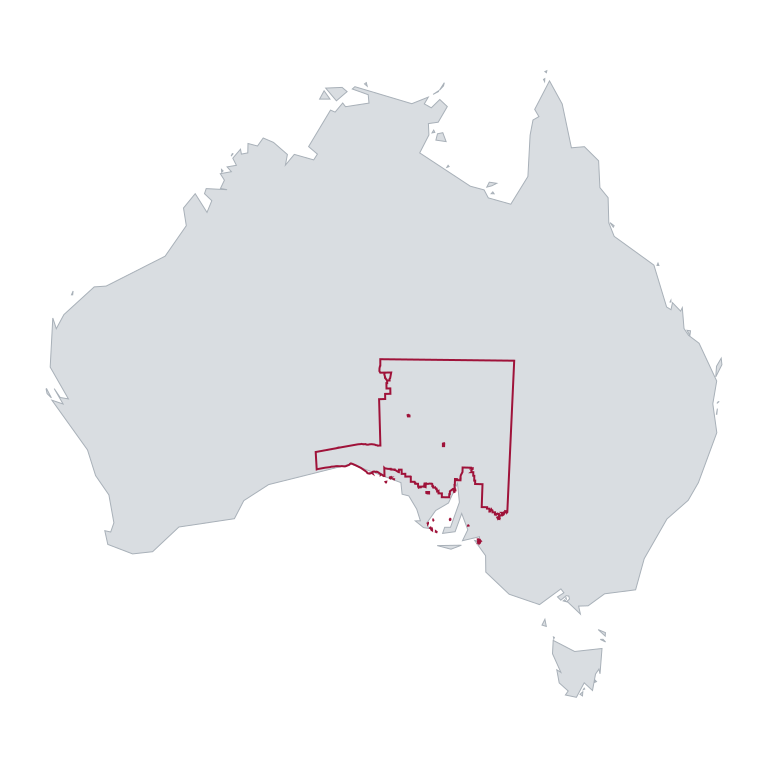 Unincorporated SA, South Australia, Australia shown in context
{"feature_id": "25037944B19571193858150", "entity_name": "Unincorporated SA", "entity_type": "district", "adm_level": 2, "iso_a3": "AUS", "parent_name": "Australia", "parent_adm1": "South Australia", "projection": "orthographic", "projection_center": [135.729, -30.866], "detail": "fine", "context": "in_parent", "style": "outline", "palette": "rose", "viewbox_px": 768, "rotation_deg": 0, "n_neighbors": 0, "source": "geoboundaries", "source_scale": "gbopen_adm2", "svg_char_len": 9556}
<svg xmlns="http://www.w3.org/2000/svg" viewBox="0 0 768 768"><path d="M562.2,104.0L571.4,147.8L584.4,146.7L598.6,160.8L599.9,187.6L608.1,197.7L608.8,222.8L614.2,236.4L653.9,265.1L666.6,307.0L671.0,309.7L672.5,302.7L680.6,311.1L682.3,307.7L684.0,328.5L688.5,335.3L699.1,343.3L716.7,381.0L712.8,403.8L716.8,432.7L698.4,482.6L688.2,500.3L667.0,518.9L644.2,558.7L635.6,589.8L604.6,593.8L588.1,605.8L578.6,606.1L580.4,614.1L567.1,601.4L569.5,599.0L568.8,596.1L566.2,595.7L560.8,600.2L557.5,596.9L563.9,592.8L560.9,588.9L539.5,604.6L509.1,594.2L485.8,572.1L485.6,555.7L474.6,540.4L479.5,541.1L479.5,536.7L462.5,540.7L467.8,529.7L461.7,513.5L455.1,531.7L442.6,533.4L444.7,527.3L450.5,527.3L459.4,502.3L457.5,483.3L448.5,503.0L435.7,510.5L427.3,522.3L428.5,528.4L423.5,527.6L415.3,520.9L420.4,520.8L416.7,509.1L408.8,495.9L402.1,494.2L400.9,482.6L350.9,464.0L268.6,484.6L243.8,500.6L234.4,518.7L178.9,527.0L152.6,551.7L132.6,553.9L107.8,544.4L104.8,530.7L110.7,532.0L113.9,522.8L108.9,494.9L95.6,475.6L87.5,449.9L51.9,400.2L63.1,404.0L54.2,388.6L60.2,397.5L68.4,398.9L50.2,367.1L52.8,318.0L56.3,328.7L63.9,314.6L94.2,286.9L106.1,286.1L165.1,256.2L186.3,225.7L183.5,208.0L195.2,193.7L207.0,212.4L211.8,200.7L204.5,193.7L206.2,188.6L227.1,189.7L220.5,188.4L224.4,180.2L220.3,173.7L231.4,171.7L227.1,166.9L236.4,165.3L232.8,158.2L240.5,149.2L241.4,154.1L247.8,152.9L248.0,143.5L257.5,146.0L263.2,138.0L273.5,142.4L287.4,154.5L285.4,165.1L294.3,154.4L313.7,159.9L317.4,154.1L308.6,146.6L330.5,110.1L335.1,112.1L342.7,103.0L345.5,106.7L369.0,103.1L368.2,94.7L352.3,89.0L354.9,86.7L411.8,103.7L428.3,97.1L424.3,103.9L431.3,107.8L439.8,99.5L447.3,106.6L438.2,122.2L428.4,123.6L428.9,135.0L419.7,152.9L470.3,186.2L484.1,189.9L488.3,197.9L510.8,204.2L527.9,176.5L530.1,135.2L533.0,120.0L538.9,116.6L534.7,109.4L549.5,80.9L562.2,104.0ZM553.2,640.4L574.7,651.5L602.0,648.5L600.0,673.8L598.9,669.1L595.5,674.1L592.5,690.5L584.2,682.8L576.4,697.3L565.4,695.0L568.2,691.0L559.2,682.9L556.8,669.8L560.9,672.4L552.5,653.7L553.2,640.4ZM325.7,88.1L342.1,87.4L347.1,91.6L336.4,100.8L325.7,88.1ZM437.2,545.6L461.4,545.2L451.0,549.2L437.2,545.6ZM442.8,132.7L446.1,141.6L435.9,140.1L437.5,133.8L442.8,132.7ZM715.8,376.8L716.5,366.3L721.2,358.2L721.9,364.7L715.8,376.8ZM598.2,629.6L605.4,632.6L605.2,636.1L598.2,629.6ZM324.1,90.8L330.0,99.1L319.6,99.1L324.1,90.8ZM546.3,626.4L542.0,625.1L544.9,619.3L546.3,626.4ZM496.7,183.3L491.8,185.8L486.8,187.1L489.3,182.2L496.7,183.3ZM51.4,397.9L47.1,393.6L46.1,389.0L46.6,388.7L51.4,397.9ZM603.0,639.3L605.6,642.0L600.3,639.4L603.0,639.3ZM687.0,330.3L690.5,330.8L689.9,335.4L687.0,330.3ZM610.0,222.6L614.1,225.7L613.3,227.2L610.0,222.6ZM582.8,691.8L582.5,695.9L580.0,694.3L582.8,691.8ZM717.4,408.6L716.8,414.3L716.4,414.2L717.4,408.6ZM367.2,86.2L364.5,83.9L366.3,82.6L367.2,86.2ZM443.5,85.9L439.5,90.2L444.3,82.7L443.5,85.9ZM718.8,401.8L716.9,403.4L718.3,401.6L718.8,401.8ZM449.1,166.6L446.8,167.4L448.1,165.3L449.1,166.6ZM434.8,132.4L432.0,132.9L433.7,130.1L434.8,132.4ZM73.1,291.0L72.7,294.8L71.5,294.8L73.1,291.0ZM544.8,78.6L544.6,81.6L543.5,79.4L544.8,78.6ZM566.0,597.2L566.4,599.2L565.7,598.6L566.0,597.2ZM438.5,91.5L433.1,94.4L438.7,90.7L438.5,91.5ZM233.0,153.9L231.1,156.2L232.3,153.6L233.0,153.9ZM584.7,689.0L583.3,689.6L584.2,688.2L584.7,689.0ZM494.1,193.8L491.2,193.7L492.8,191.9L494.1,193.8ZM223.1,170.9L221.7,172.2L221.5,169.4L223.1,170.9ZM596.5,681.6L594.4,682.5L595.3,680.3L596.5,681.6ZM546.8,70.7L546.4,72.7L544.9,71.6L546.8,70.7ZM564.6,599.8L566.5,601.8L563.2,600.9L564.6,599.8ZM658.9,265.5L657.0,265.4L658.0,263.1L658.9,265.5ZM671.0,302.1L670.0,302.0L670.9,300.2L671.0,302.1ZM554.4,637.4L553.8,638.9L553.4,636.9L554.4,637.4Z" fill="#d9dde1" stroke="#a8b0b8" stroke-width="1"/><path d="M507.3,512.2L514.2,360.7L380.3,359.2L380.3,365.8L380.0,366.0L379.5,368.3L379.4,371.1L380.3,372.7L384.8,372.6L384.3,374.4L384.5,375.1L384.9,376.3L385.0,377.9L386.2,379.3L387.1,380.7L387.2,383.1L386.4,383.1L386.5,388.5L390.3,388.4L390.4,393.8L385.1,393.9L385.2,399.0L379.1,399.2L380.4,445.5L379.5,445.5L377.8,445.7L377.2,445.3L375.7,445.1L374.8,444.6L371.8,444.2L369.8,444.3L368.0,444.7L366.9,444.7L365.5,444.1L365.2,444.3L363.9,444.1L363.5,444.3L361.5,443.9L360.7,444.1L358.0,444.3L338.4,447.8L338.4,447.6L338.0,447.7L338.1,447.9L315.7,452.0L316.7,469.4L317.5,469.1L325.1,467.7L330.1,467.1L331.3,466.7L334.5,466.5L335.0,466.3L337.0,466.1L340.4,466.3L341.7,466.1L344.4,466.4L345.5,466.3L349.0,464.9L349.5,464.6L349.9,464.0L350.6,463.5L350.9,463.4L352.5,463.9L355.7,465.3L360.9,467.9L366.1,471.5L366.7,472.0L367.3,473.0L367.6,473.1L367.8,473.3L369.3,473.6L369.5,473.3L370.4,473.4L370.5,473.2L371.1,473.1L371.3,472.9L371.6,472.8L372.5,473.4L372.3,473.0L372.0,473.0L372.0,472.7L372.2,472.2L372.7,471.8L374.1,471.5L375.4,471.8L375.5,471.9L375.9,471.8L376.7,471.9L376.9,471.7L378.2,472.3L379.5,473.3L380.4,473.8L380.7,474.2L380.7,474.6L381.1,474.2L382.5,475.0L383.3,475.8L383.1,476.5L383.4,476.2L383.6,475.8L384.5,476.0L384.3,467.8L384.7,468.2L385.5,468.4L388.2,468.9L390.7,468.8L390.7,469.4L391.8,469.4L391.8,469.6L394.6,469.5L394.6,470.0L395.2,470.0L398.2,471.9L398.4,471.5L398.9,471.8L398.9,469.7L401.6,469.7L401.7,473.9L405.3,473.8L405.3,476.6L410.6,476.5L410.8,476.6L410.8,481.8L414.6,481.8L414.8,482.9L415.3,482.9L415.3,483.8L418.0,483.8L418.1,486.6L418.9,486.6L418.9,487.5L419.3,487.3L419.6,487.4L420.8,487.3L420.8,486.6L424.5,486.5L424.5,486.8L424.9,486.8L425.6,487.1L425.7,485.3L424.2,485.3L424.5,483.5L426.3,483.4L426.5,483.9L428.1,483.9L429.3,483.6L432.0,483.7L432.3,484.0L432.3,486.1L433.1,486.1L433.1,487.5L434.0,487.7L434.9,487.4L434.9,487.7L435.3,487.7L435.8,488.2L436.0,488.3L436.2,488.8L436.4,488.8L436.3,489.2L436.6,489.2L437.1,490.1L437.1,491.5L438.3,491.5L438.1,491.1L438.5,490.9L438.5,493.4L441.9,493.4L441.8,497.2L449.2,497.3L449.3,494.1L449.8,494.1L449.9,491.3L453.0,488.9L454.7,488.9L454.5,485.0L454.8,485.0L455.0,479.0L457.2,479.1L457.3,479.2L457.1,479.5L457.0,480.2L460.5,480.3L460.6,478.7L460.4,478.7L460.5,478.2L460.4,478.1L460.6,477.7L460.5,476.9L460.8,475.3L462.5,472.0L462.6,467.5L470.9,467.7L470.8,468.1L471.2,467.9L471.5,468.5L472.7,468.2L472.7,469.0L471.9,469.3L471.4,470.2L471.5,470.3L471.3,470.6L471.6,471.4L471.7,472.0L471.4,472.2L473.3,472.2L473.2,475.7L474.3,475.8L474.2,480.6L475.2,480.6L475.1,484.0L482.5,484.2L481.7,507.1L487.1,507.2L487.0,508.6L489.5,508.7L489.4,511.5L490.1,511.5L490.3,511.2L490.4,510.0L491.4,510.1L491.5,509.8L491.7,510.2L492.4,510.3L492.5,510.4L492.5,512.3L495.0,512.3L494.9,514.6L495.2,514.7L495.5,514.5L496.1,514.8L496.6,514.4L496.7,513.9L497.1,513.9L497.4,513.6L497.9,513.9L498.9,513.9L498.9,515.0L499.2,515.1L499.6,515.9L499.2,516.2L499.7,516.3L499.9,515.6L499.8,515.3L501.6,515.4L501.8,514.5L501.9,513.2L501.5,512.8L502.5,512.8L502.8,513.0L503.0,513.3L502.9,513.6L503.4,514.3L503.4,514.7L503.7,514.5L503.8,514.3L503.6,514.3L503.8,514.0L503.6,513.8L503.9,513.9L504.0,513.7L503.4,513.7L503.6,513.5L503.2,513.0L503.6,512.8L504.2,513.0L504.3,512.6L504.6,512.7L504.8,512.4L504.7,512.2L504.8,512.2L505.0,512.0L505.4,512.1L505.5,511.9L505.4,511.6L505.6,511.8L505.9,511.6L505.9,511.4L505.7,511.4L505.6,511.2L506.1,511.3L506.1,511.1L506.6,511.1L506.7,511.4L506.8,511.5L507.0,511.8L506.9,512.0L507.1,512.0L507.1,512.4L507.3,512.2ZM387.1,380.6L386.3,379.3L385.0,377.9L385.0,377.5L385.2,377.4L384.9,376.3L384.3,374.4L384.9,372.6L391.2,372.5L390.1,378.3L389.6,378.8L389.5,379.2L389.6,380.5L387.1,380.6ZM444.2,443.8L444.1,446.1L442.9,446.1L442.9,443.8L443.1,443.8L443.1,443.5L443.8,443.3L443.8,443.8L444.2,443.8ZM408.3,414.8L409.5,415.4L409.5,416.4L407.9,416.4L407.6,415.1L408.3,414.8ZM477.8,539.3L477.9,539.5L478.5,539.6L478.8,540.0L479.0,540.0L478.7,540.4L478.7,540.6L478.9,540.5L478.8,540.8L478.2,541.1L478.3,541.4L479.1,541.4L479.0,541.6L478.2,541.9L478.3,542.0L478.2,542.3L478.4,542.2L478.3,542.5L478.5,542.7L478.9,542.8L479.0,543.0L478.8,543.2L479.0,543.5L479.2,543.2L479.0,542.8L479.6,542.5L480.1,542.6L480.4,541.3L480.8,541.1L480.2,540.5L478.6,539.3L478.1,539.2L477.8,539.3ZM426.3,492.0L426.3,493.0L427.2,493.4L429.1,493.5L429.1,492.0L426.3,492.0ZM497.4,517.7L498.0,518.9L498.3,518.6L498.7,518.5L498.9,518.7L498.8,518.8L499.0,518.9L499.4,519.0L499.4,518.7L499.3,518.2L499.7,518.1L499.6,517.8L499.4,517.8L499.3,517.2L498.8,517.0L498.6,517.0L498.3,517.3L498.5,517.7L497.4,517.7ZM454.2,492.0L454.4,491.9L454.2,491.6L454.4,491.6L454.5,491.2L454.4,491.3L454.3,491.2L454.6,490.7L455.1,490.4L455.5,490.4L455.5,490.0L455.1,489.6L454.7,490.0L454.0,490.2L454.1,490.9L454.0,491.3L454.1,491.6L454.2,492.0ZM430.6,528.2L431.4,528.9L431.4,529.1L431.2,529.3L431.4,529.6L431.5,529.9L431.8,529.7L432.1,530.0L432.1,529.7L431.9,529.6L431.9,528.8L431.7,528.9L431.3,528.5L430.6,527.5L430.2,527.7L430.2,527.8L430.3,527.9L430.2,528.1L430.6,528.2ZM389.8,477.7L389.9,478.2L390.3,478.4L390.4,478.2L390.7,478.2L390.9,477.7L391.2,477.5L390.9,477.5L390.9,477.2L391.4,476.9L391.9,476.8L391.1,476.9L390.4,477.5L390.3,477.4L390.6,477.1L390.2,477.4L389.9,477.4L389.9,477.6L389.8,477.7ZM450.2,518.8L449.8,519.3L449.8,519.5L449.9,520.0L450.0,520.1L450.3,520.0L450.5,519.4L450.4,518.9L450.2,518.8ZM435.9,531.5L435.8,531.8L436.5,532.1L436.6,531.8L435.9,531.3L435.9,531.5ZM427.8,523.1L427.9,523.7L428.0,523.5L428.0,523.3L428.0,522.8L427.7,522.8L427.7,522.6L427.6,523.0L427.8,523.1ZM468.0,524.7L468.1,525.7L468.5,525.6L468.0,524.7ZM385.8,482.4L386.1,482.4L386.2,481.9L385.9,482.0L385.8,481.8L385.5,481.9L385.8,482.4ZM393.7,479.1L394.2,479.4L394.9,479.6L394.0,479.1L393.7,479.1ZM433.3,520.0L433.4,519.5L433.7,519.4L433.3,519.4L433.2,520.1L433.3,520.3L433.4,520.2L433.3,520.0Z" fill="none" stroke="#9f1239" stroke-width="2"/></svg>